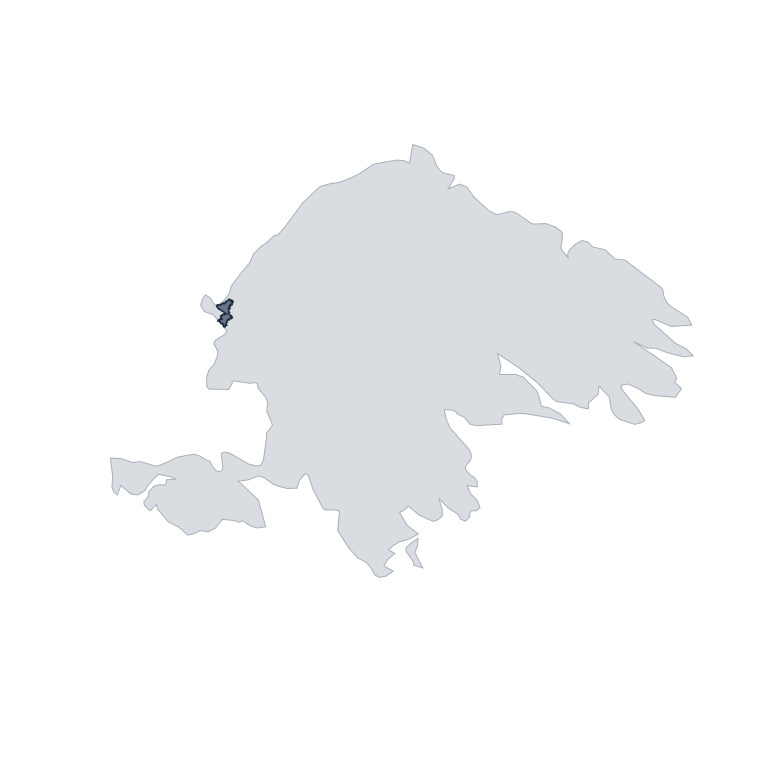 Dundalk South Lea-7, Louth, Ireland shown in context, rotated 231°
{"feature_id": "5873133B29176849558462", "entity_name": "Dundalk South Lea-7", "entity_type": "district", "adm_level": 2, "iso_a3": "IRL", "parent_name": "Ireland", "parent_adm1": "Louth", "projection": "albers", "projection_center": [-6.463, 53.981], "detail": "fine", "context": "in_parent", "style": "filled", "palette": "slate", "viewbox_px": 768, "rotation_deg": 231, "n_neighbors": 0, "source": "geoboundaries", "source_scale": "gbopen_adm2", "svg_char_len": 8238}
<svg xmlns="http://www.w3.org/2000/svg" viewBox="0 0 768 768"><g transform="rotate(231 384 384)"><path d="M477.2,145.7L464.0,154.8L462.0,158.3L458.1,172.4L457.6,176.5L449.1,192.1L444.4,195.3L437.4,197.7L433.3,200.2L428.4,198.8L422.1,198.9L418.9,201.7L419.0,203.8L420.8,206.4L432.4,213.8L431.6,216.9L428.3,220.2L407.1,228.3L400.7,233.3L398.5,236.6L400.6,242.3L417.0,259.7L419.8,261.6L422.1,271.5L436.9,276.0L443.0,282.2L448.2,283.8L459.6,283.4L464.2,285.8L466.8,284.1L468.4,280.8L481.3,268.9L477.4,259.9L490.4,244.6L493.9,244.9L499.9,249.6L504.8,256.1L506.4,264.9L511.1,272.8L514.1,275.5L522.3,277.1L524.2,280.2L522.7,291.5L523.9,295.3L544.9,295.0L553.3,290.1L560.5,291.0L564.1,296.0L565.7,301.3L559.5,303.3L552.9,302.2L549.8,305.7L549.6,312.3L551.8,320.8L556.2,326.9L559.7,340.5L562.7,355.7L567.3,364.8L568.3,376.2L567.6,381.7L568.5,391.8L566.6,395.3L568.1,404.7L576.0,435.0L577.7,458.7L573.9,467.6L568.8,476.1L565.5,486.1L562.9,496.9L561.4,514.3L550.1,534.7L545.3,539.8L539.7,542.9L552.0,557.1L542.0,563.5L531.1,565.5L519.0,561.9L511.5,562.3L501.9,569.7L499.7,568.3L495.2,556.6L491.8,568.6L484.8,572.4L472.9,571.5L452.9,574.5L445.2,577.8L442.0,583.1L439.5,589.3L436.3,592.9L432.7,594.8L417.2,599.1L414.1,600.9L406.8,610.8L397.2,616.4L389.4,617.9L382.6,611.9L379.9,608.3L376.7,606.5L366.1,606.5L369.4,608.4L371.4,612.5L372.3,620.5L370.9,628.2L365.5,632.0L359.2,632.5L349.1,640.3L335.9,642.1L328.6,649.2L284.7,660.1L282.2,660.2L276.3,656.8L269.9,655.1L263.4,655.8L244.9,662.0L236.1,660.2L248.1,643.3L263.6,635.2L265.3,632.9L260.4,631.5L231.5,636.3L221.3,641.0L211.3,642.0L216.3,634.3L229.7,624.1L241.0,617.5L246.1,611.3L259.9,604.7L215.8,617.6L204.5,615.2L202.1,610.9L193.1,612.3L190.3,602.1L204.2,587.5L212.2,581.4L221.4,578.3L230.4,573.6L233.9,567.6L229.9,565.4L203.8,565.6L191.4,563.6L192.3,558.7L194.9,553.4L208.3,544.8L215.4,543.6L221.5,544.8L232.3,550.9L247.0,549.8L241.1,543.6L240.7,531.4L236.2,527.1L242.4,521.8L249.4,518.7L261.2,507.5L265.4,506.0L287.9,504.1L312.2,498.9L336.4,491.3L324.3,486.1L318.7,479.7L308.8,492.0L301.9,496.5L282.6,498.3L276.6,496.6L268.2,492.4L265.5,493.7L262.8,496.7L249.9,502.2L236.4,503.1L252.5,492.5L273.0,474.2L277.6,468.3L284.3,458.0L282.6,453.2L278.6,450.4L293.7,429.3L298.8,425.5L307.9,425.3L314.6,422.1L317.5,422.2L320.2,421.0L326.2,414.7L317.4,410.2L308.3,407.7L279.6,408.9L275.9,408.2L272.5,406.1L270.3,403.1L268.9,395.6L266.9,393.9L260.4,393.6L254.0,395.6L249.6,395.1L245.4,391.7L252.7,384.5L243.8,382.3L234.7,383.3L227.3,380.7L227.4,375.9L231.0,371.4L226.8,366.7L226.1,361.0L231.0,358.4L236.2,359.6L246.9,355.9L260.5,354.5L249.1,349.9L244.7,346.1L244.7,340.7L245.9,336.1L259.6,328.9L274.0,326.1L273.2,320.9L274.4,315.3L260.1,313.1L245.8,316.3L247.8,305.8L251.7,296.3L252.6,290.0L252.3,283.1L245.5,285.7L245.2,276.1L242.7,269.4L232.7,273.4L233.4,264.8L236.5,258.9L241.8,256.5L246.8,257.9L256.2,258.2L265.4,254.1L278.5,253.5L299.3,255.8L313.1,269.2L316.8,267.1L322.9,259.2L325.6,258.4L347.0,262.6L360.3,267.7L363.9,266.4L362.2,257.3L357.8,250.9L363.8,242.9L371.0,237.6L375.8,234.9L386.7,231.8L391.5,228.7L394.9,218.2L400.1,209.6L372.9,213.4L347.5,202.2L351.8,195.0L357.4,191.0L366.8,188.1L367.8,184.3L372.6,181.3L380.6,173.1L378.1,162.1L379.8,154.2L385.6,149.1L387.5,141.7L390.1,136.3L401.5,134.6L412.4,129.7L429.2,129.4L433.5,131.5L432.7,122.4L440.6,121.4L443.6,123.3L444.9,129.7L448.4,133.8L449.4,140.9L446.9,146.4L442.8,150.6L446.4,154.9L440.6,162.7L446.8,159.4L455.7,151.9L455.3,145.7L453.9,137.8L451.6,130.6L452.8,122.8L457.8,118.0L470.7,115.7L465.6,106.8L470.3,106.0L475.3,107.9L482.8,114.9L498.7,124.8L490.8,133.3L481.1,139.2L477.2,145.7ZM243.2,309.1L242.6,313.2L236.6,307.7L233.8,301.9L216.7,298.4L224.2,293.1L227.6,295.0L239.8,295.8L243.1,298.3L243.2,309.1Z" fill="#d9dde1" stroke="#a8b0b8" stroke-width="1"/><path d="M537.5,294.6L537.4,294.8L537.2,295.0L536.9,295.2L536.5,295.2L536.3,295.2L535.9,295.5L535.9,296.1L535.7,296.2L535.3,296.2L535.1,296.0L535.0,295.9L534.9,295.9L534.8,295.7L534.6,295.6L534.2,295.3L533.9,295.2L533.4,295.7L532.9,296.1L532.8,296.4L532.6,296.3L532.4,296.5L532.3,296.3L532.2,296.3L531.9,296.6L531.7,296.7L531.4,296.5L531.2,296.5L531.1,296.4L530.7,296.4L530.8,296.1L530.6,296.0L530.4,296.0L530.2,296.1L529.9,295.7L529.7,295.9L529.4,295.6L528.9,295.7L528.9,295.8L528.5,296.3L528.7,296.6L528.6,296.8L528.7,297.1L528.6,297.4L528.7,297.5L528.9,297.7L529.3,297.9L529.1,298.2L529.4,298.1L529.5,298.1L529.9,298.6L530.0,298.7L530.4,298.9L530.4,299.0L530.1,299.3L529.9,299.4L530.0,299.5L530.4,299.9L530.6,299.9L530.6,300.1L530.5,300.6L530.9,300.9L531.2,300.9L531.2,301.0L530.9,301.2L530.8,301.3L530.7,301.3L530.8,301.3L531.0,301.3L531.4,301.5L531.7,301.6L531.7,301.8L531.7,302.4L531.9,302.6L532.2,302.7L532.3,302.8L532.4,303.0L532.3,303.3L532.0,303.6L531.5,303.8L531.3,303.9L531.7,304.5L531.8,304.5L532.0,304.6L531.9,304.8L531.9,305.1L532.0,305.2L532.0,305.4L532.0,305.5L532.0,305.8L531.7,305.6L531.2,306.0L531.0,306.3L530.8,306.4L530.8,306.7L531.3,306.9L531.1,307.3L530.9,307.6L531.0,308.0L531.5,308.0L531.9,308.1L532.1,308.1L532.4,308.2L532.6,308.1L532.9,308.3L533.1,308.5L533.6,308.1L533.5,307.8L533.8,307.9L534.2,307.9L534.5,307.8L535.0,307.8L535.6,307.6L535.8,307.7L536.2,307.7L536.4,307.8L536.5,307.8L536.8,308.0L536.8,307.9L536.9,308.0L536.9,308.3L536.9,308.5L537.0,308.4L537.2,308.6L537.5,308.9L537.5,309.0L537.8,309.1L538.2,309.1L538.3,309.3L538.5,309.4L538.5,309.5L539.1,309.9L539.4,309.9L539.6,310.1L539.7,310.3L539.9,310.5L540.3,310.5L540.2,310.7L540.3,310.7L540.3,310.8L540.2,311.2L539.5,311.6L539.5,311.8L539.6,312.1L540.2,312.0L540.3,312.2L540.2,312.3L541.0,312.0L541.4,312.0L541.5,312.1L541.7,312.3L541.4,312.4L541.1,312.7L541.3,313.1L541.2,313.4L541.1,313.6L541.4,313.8L541.6,313.9L542.0,314.2L542.3,314.3L542.4,314.2L542.5,314.5L542.4,314.9L542.0,314.8L542.0,315.0L541.8,315.0L541.5,315.4L541.4,315.6L541.2,315.6L541.3,315.9L541.3,316.0L541.5,316.2L541.7,316.4L542.0,316.5L542.1,316.9L542.3,317.0L542.7,317.1L542.8,317.1L543.1,317.1L543.5,317.5L543.4,317.9L543.0,318.0L542.8,318.2L542.7,318.4L542.8,318.6L543.5,318.6L543.9,318.1L544.0,318.1L544.3,318.5L544.5,318.6L544.6,318.4L544.8,318.3L545.0,318.2L544.9,318.0L544.9,317.8L545.0,317.7L545.3,317.8L545.3,317.6L545.1,317.5L544.9,317.5L544.9,317.2L545.0,317.0L545.6,317.1L545.8,317.2L546.0,317.3L546.3,317.4L546.5,317.4L546.4,317.2L546.6,316.9L547.0,317.0L547.3,316.9L547.4,316.7L547.5,316.6L547.3,315.7L547.2,315.3L547.1,315.2L547.2,314.9L547.5,313.9L547.5,313.6L547.4,313.6L547.4,313.4L547.3,313.2L547.4,312.9L547.5,312.5L547.5,312.4L547.5,312.1L547.4,311.9L547.3,312.0L547.1,312.1L547.0,311.9L546.9,312.0L546.9,311.9L546.9,311.4L546.9,310.8L547.0,310.5L546.9,310.5L546.9,310.4L547.1,310.4L547.1,310.0L547.3,310.0L547.6,310.0L547.7,309.9L547.9,310.0L547.9,309.9L548.0,309.8L548.0,309.7L547.9,309.6L547.9,309.4L548.1,309.1L548.2,308.9L548.3,308.7L548.4,308.4L548.4,308.2L548.4,307.8L548.5,307.8L548.5,307.7L548.4,307.6L548.3,307.4L548.3,307.2L548.1,307.0L548.0,306.8L548.1,306.7L548.2,306.4L548.3,306.2L548.4,306.3L548.5,306.3L548.5,306.0L548.6,305.8L548.7,305.7L548.9,305.8L549.2,305.7L549.5,305.5L549.6,305.4L549.6,305.1L549.8,305.0L550.0,304.8L550.0,304.7L550.2,304.2L550.2,303.9L550.1,303.7L550.0,303.4L550.1,303.2L549.8,303.1L549.7,303.0L549.6,302.9L549.5,302.7L548.5,302.8L548.0,302.8L547.2,302.6L546.7,302.6L546.3,302.7L546.2,302.7L545.9,302.5L546.1,302.8L546.2,303.0L545.3,303.1L544.9,303.3L544.7,303.6L544.3,303.8L543.8,303.8L543.2,303.8L542.3,304.2L541.8,304.3L541.0,304.7L539.8,305.0L539.3,305.0L538.9,305.2L538.7,305.3L538.4,305.4L537.7,305.7L537.8,305.2L538.1,304.9L538.1,304.6L538.1,304.3L538.1,304.2L538.3,304.2L538.4,303.7L538.7,303.7L539.1,303.5L539.1,303.3L539.0,303.1L539.4,303.0L539.4,302.9L539.3,302.3L539.5,302.1L539.7,301.8L539.5,301.7L539.3,301.6L539.2,301.5L539.2,301.4L539.3,301.0L539.5,301.1L539.5,300.7L539.5,300.2L539.6,299.7L539.4,299.6L538.9,299.5L538.7,299.4L538.4,299.4L538.1,299.3L537.8,299.3L537.6,299.4L536.9,299.0L536.7,299.0L536.6,298.9L536.4,298.9L536.7,298.4L536.8,298.5L536.9,298.4L537.1,298.4L537.6,298.7L537.9,298.6L537.9,298.2L537.6,298.1L537.3,297.4L537.5,297.2L537.4,297.1L537.6,296.9L537.4,296.6L537.2,296.2L537.4,296.0L537.6,296.0L537.6,295.9L537.8,295.6L538.0,295.6L538.0,295.4L537.5,294.6Z" fill="#64748b" stroke="#1e293b" stroke-width="1.5"/></g></svg>